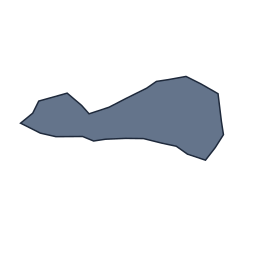 the district of Askas, Nicosia, Cyprus, rotated 246°
{"feature_id": "46923920B4634103005126", "entity_name": "Askas", "entity_type": "district", "adm_level": 2, "iso_a3": "CYP", "parent_name": "Cyprus", "parent_adm1": "Nicosia", "projection": "equal_earth", "projection_center": [33.082, 34.945], "detail": "fine", "context": "isolated", "style": "filled", "palette": "slate", "viewbox_px": 256, "rotation_deg": 246, "n_neighbors": 0, "source": "geoboundaries", "source_scale": "gbopen_adm2", "svg_char_len": 502}
<svg xmlns="http://www.w3.org/2000/svg" viewBox="0 0 256 256"><g transform="rotate(246 128 128)"><path d="M176.1,31.8L159.0,45.8L149.4,58.6L138.7,83.1L130.1,91.3L126.9,102.9L119.5,121.6L112.0,137.9L100.2,153.0L91.7,164.7L79.9,171.7L67.1,185.7L74.6,199.7L83.1,212.5L96.0,216.0L122.7,224.2L138.7,212.5L151.5,202.0L155.8,184.5L159.0,172.9L156.8,161.2L155.8,137.9L154.7,119.2L156.8,98.2L167.5,94.8L184.6,86.6L188.9,57.4L180.3,47.0L176.1,31.8Z" fill="#64748b" stroke="#1e293b" stroke-width="1.5"/></g></svg>